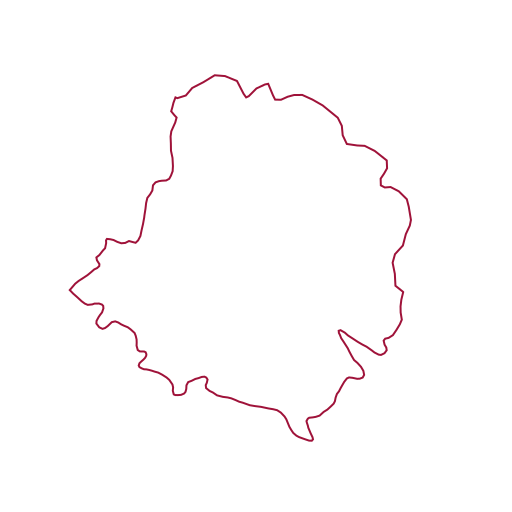 Kastsyukovichy, Mogilev, Belarus (Albers equal-area conic projection), rotated 218°
{"feature_id": "67162791B14569635979911", "entity_name": "Kastsyukovichy", "entity_type": "district", "adm_level": 2, "iso_a3": "BLR", "parent_name": "Belarus", "parent_adm1": "Mogilev", "projection": "albers", "projection_center": [31.992, 53.27], "detail": "fine", "context": "isolated", "style": "outline", "palette": "rose", "viewbox_px": 512, "rotation_deg": 218, "n_neighbors": 0, "source": "geoboundaries", "source_scale": "gbopen_adm2", "svg_char_len": 3550}
<svg xmlns="http://www.w3.org/2000/svg" viewBox="0 0 512 512"><g transform="rotate(218 256 256)"><path d="M381.8,114.5L376.8,113.8L371.6,113.5L365.5,113.0L361.6,113.1L358.5,113.9L355.2,117.1L354.0,119.0L350.4,121.9L347.5,122.9L345.7,122.6L344.0,120.8L342.6,116.8L342.6,113.4L342.4,110.8L341.7,106.7L340.2,104.5L335.6,103.3L332.1,104.1L330.6,106.3L329.7,109.5L328.9,115.1L326.7,117.8L323.6,118.8L320.3,119.1L317.1,119.8L313.2,120.9L309.7,121.0L304.3,120.6L301.7,119.1L298.7,116.7L296.7,114.3L294.9,111.8L291.3,109.1L288.8,109.3L287.3,110.4L285.3,111.9L283.7,112.2L281.9,111.1L281.1,109.8L280.7,107.6L280.9,105.2L281.5,102.0L281.8,99.7L281.0,97.5L279.4,96.7L276.9,97.1L274.5,97.8L272.7,99.1L270.1,100.4L267.2,101.6L264.9,102.4L261.3,103.9L256.9,104.7L251.7,105.2L248.1,105.0L242.7,103.3L240.4,101.4L238.6,98.6L235.6,96.3L234.0,96.7L231.9,98.3L229.6,100.4L228.0,103.3L227.9,105.5L229.1,108.3L231.2,111.3L231.8,114.9L229.9,118.0L228.1,121.8L226.1,124.4L224.3,127.3L222.3,129.2L220.3,129.6L218.1,128.8L216.7,125.8L216.1,123.3L214.0,121.2L209.5,121.1L205.9,121.9L200.9,122.2L195.4,124.6L191.2,127.1L187.9,128.6L183.4,129.9L179.6,130.8L176.2,132.2L169.0,134.6L164.4,137.1L159.2,140.2L152.4,143.5L148.2,145.8L144.4,147.5L140.0,147.9L134.7,147.1L131.6,146.0L128.1,144.0L124.4,141.9L120.8,140.5L117.7,139.5L113.6,139.3L110.6,139.8L106.9,141.0L104.5,141.8L100.5,143.2L98.3,144.8L98.3,145.2L98.2,146.6L99.9,148.0L103.9,150.0L106.4,151.4L109.1,152.9L110.5,154.1L113.2,155.9L114.6,157.0L115.0,159.7L114.5,161.3L111.9,163.8L109.9,166.0L107.6,169.4L106.7,174.8L105.2,178.9L104.5,183.0L103.9,187.4L104.4,190.1L106.1,193.5L107.3,197.1L107.3,200.5L108.0,204.1L108.5,207.5L109.0,211.1L109.0,215.5L107.9,217.6L105.0,219.4L100.7,221.5L98.7,223.2L97.1,225.9L97.6,228.9L100.7,231.6L105.0,233.3L110.2,234.2L114.7,234.4L119.2,236.2L123.7,238.2L126.9,239.8L134.3,242.4L138.3,243.7L141.3,245.5L143.3,246.4L144.8,248.0L143.7,249.6L142.2,249.8L138.8,250.3L134.7,250.0L129.1,250.5L122.9,251.0L117.7,251.7L113.0,252.6L106.7,252.9L103.3,252.9L98.6,253.8L96.6,255.0L94.9,258.5L95.0,262.2L97.0,264.1L100.1,265.3L103.3,267.9L103.3,270.4L101.1,273.1L99.4,277.9L99.8,284.1L100.6,290.7L101.9,295.6L107.2,300.5L111.1,305.3L114.6,311.1L117.8,318.2L118.3,318.3L127.8,318.4L135.6,327.4L144.2,334.8L147.6,343.0L146.7,354.7L151.4,365.5L153.5,374.6L156.1,379.8L166.0,388.9L172.1,393.6L183.3,394.9L192.4,393.2L196.7,389.3L201.1,388.5L205.4,393.7L205.8,399.7L206.7,405.8L211.8,411.8L227.0,411.9L238.2,409.7L244.3,405.4L253.4,400.2L262.0,404.5L268.5,411.4L276.7,415.3L296.2,415.7L307.9,414.0L318.7,411.4L325.2,406.2L329.1,401.0L332.5,394.5L337.2,391.0L341.6,393.1L352.4,399.2L354.6,396.6L358.8,388.3L360.1,377.5L361.4,374.9L365.7,376.2L378.7,382.2L391.2,378.7L399.8,373.0L404.5,360.5L409.7,349.2L410.1,339.3L415.2,331.9L417.1,331.4L415.4,326.0L413.4,321.5L411.9,317.8L406.9,316.7L403.8,316.2L401.8,311.4L400.9,307.7L399.5,302.1L396.9,297.6L392.4,292.3L387.8,286.6L382.2,281.9L376.8,275.7L373.9,271.5L372.5,267.0L371.9,263.4L373.3,260.2L376.6,257.3L378.5,255.3L380.5,252.2L380.7,248.3L378.0,243.8L377.4,239.4L377.4,234.9L375.2,230.1L372.3,225.4L368.9,219.3L367.8,217.5L364.7,211.6L362.0,205.8L359.4,200.6L358.5,195.7L359.0,192.3L361.7,191.1L365.3,189.6L367.1,185.8L370.0,183.1L374.1,181.7L378.1,180.9L381.1,179.5L384.0,177.7L383.8,176.0L382.0,173.9L379.7,169.2L380.0,166.2L380.0,160.4L380.9,156.6L378.7,154.7L376.7,154.0L374.4,153.2L373.3,151.5L373.8,148.6L375.2,145.9L376.0,141.7L377.0,137.2L378.6,132.4L380.4,127.2L381.4,122.9L381.8,114.5Z" fill="none" stroke="#9f1239" stroke-width="2"/></g></svg>